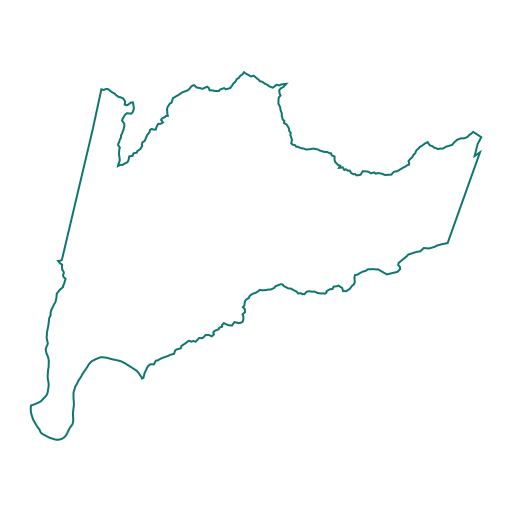 Floresta, Pernambuco, Brazil
{"feature_id": "56859067B33369261578833", "entity_name": "Floresta", "entity_type": "district", "adm_level": 2, "iso_a3": "BRA", "parent_name": "Brazil", "parent_adm1": "Pernambuco", "projection": "albers", "projection_center": [-38.301, -8.621], "detail": "fine", "context": "isolated", "style": "outline", "palette": "teal", "viewbox_px": 512, "rotation_deg": 0, "n_neighbors": 0, "source": "geoboundaries", "source_scale": "gbopen_adm2", "svg_char_len": 5968}
<svg xmlns="http://www.w3.org/2000/svg" viewBox="0 0 512 512"><path d="M286.2,83.9L281.4,84.4L279.4,85.4L276.6,84.8L272.7,87.7L268.7,86.1L267.6,84.9L264.7,83.6L262.4,81.8L260.1,81.3L258.7,79.8L256.9,78.4L253.8,75.7L251.0,76.5L248.1,74.8L245.3,73.3L244.0,72.2L242.4,74.5L240.4,75.7L238.7,78.0L236.8,79.1L235.4,81.6L233.4,83.5L232.3,85.3L230.1,88.1L228.0,88.7L225.9,89.3L224.1,88.1L222.0,88.9L220.1,89.5L218.9,91.0L217.1,91.1L214.4,90.9L212.1,90.3L209.6,90.3L208.8,88.0L207.2,86.7L204.4,88.0L202.4,88.8L200.4,88.2L196.7,87.5L194.1,85.1L192.2,85.8L191.0,86.7L189.7,88.6L187.8,90.3L186.1,91.0L183.5,91.9L181.8,92.6L179.6,94.3L173.0,98.1L171.5,102.7L170.0,103.4L167.7,106.8L167.0,109.3L167.3,111.8L167.3,114.0L167.9,115.8L166.0,116.0L164.8,117.2L162.4,118.2L161.0,119.9L161.9,120.9L163.0,122.4L160.6,123.8L158.1,123.9L156.3,127.5L155.9,129.5L153.8,129.6L151.6,128.9L150.0,130.1L149.5,132.3L147.3,134.9L144.7,140.9L142.6,142.2L141.8,144.3L142.2,145.9L141.2,147.5L140.6,148.8L137.3,151.2L136.7,152.7L133.4,153.4L132.6,155.8L129.3,156.4L128.6,159.6L128.0,161.4L126.8,162.6L124.4,163.7L122.7,164.9L120.2,164.8L118.0,166.0L118.4,164.0L119.3,161.9L119.8,160.1L119.3,156.1L118.9,154.7L119.3,149.4L119.9,147.7L118.1,145.1L118.3,143.7L119.2,142.0L119.7,140.0L121.1,137.2L120.9,135.7L122.1,133.5L122.8,131.1L123.6,129.6L123.8,128.0L124.4,126.2L124.2,123.6L122.1,120.6L122.5,119.0L125.1,114.7L127.0,113.2L131.2,113.7L132.7,112.1L133.8,109.2L133.8,107.3L132.9,102.4L130.7,102.6L128.9,104.1L126.9,105.3L124.7,104.6L125.0,102.9L125.0,101.3L123.3,98.6L120.5,97.2L118.9,97.1L116.4,95.4L114.3,93.4L113.0,92.8L110.0,90.7L108.8,89.5L106.9,88.9L105.2,89.3L103.6,90.0L101.4,89.3L92.5,130.3L61.9,259.8L60.8,260.6L58.1,261.0L60.1,263.4L62.1,264.6L62.0,267.4L62.3,269.7L63.4,271.4L63.9,272.8L63.0,275.3L63.5,276.9L65.6,278.9L64.7,281.5L64.2,283.6L63.4,285.1L62.9,287.2L59.9,289.7L56.8,293.6L56.4,297.8L55.5,302.0L54.3,303.9L51.2,310.2L50.6,312.8L50.6,315.2L49.2,318.2L48.4,325.3L47.3,330.7L46.9,332.5L46.9,334.6L46.6,337.7L47.8,343.2L47.4,344.9L46.3,347.2L45.7,349.2L46.0,351.3L46.6,353.7L48.2,357.4L48.8,360.8L48.6,367.3L48.0,370.4L47.6,377.3L48.7,384.2L48.6,386.2L47.6,392.7L46.5,395.3L41.0,401.2L39.2,402.3L34.3,404.4L31.0,405.5L30.7,408.5L30.9,412.1L31.4,414.2L33.0,419.3L37.3,426.8L39.3,429.3L40.5,432.0L41.4,433.2L43.2,434.4L48.8,437.4L50.8,438.1L55.1,439.5L57.2,439.8L59.8,439.5L62.2,438.7L63.6,437.8L65.4,436.2L66.6,434.4L69.7,428.1L72.5,424.2L73.2,421.0L73.2,418.8L72.9,413.3L73.9,404.8L73.8,401.2L73.5,398.2L73.5,392.6L75.4,386.3L76.4,384.8L78.6,380.4L81.1,376.7L82.3,374.2L87.1,367.3L88.7,364.5L90.8,362.1L92.0,361.1L95.9,359.1L99.6,357.6L101.1,357.2L102.9,357.3L106.5,357.7L111.5,359.1L118.5,360.6L120.7,361.2L123.6,362.5L125.6,363.6L127.5,364.9L129.0,365.8L136.6,370.7L139.4,373.9L140.1,375.3L141.3,376.7L141.9,378.5L143.4,377.9L144.6,373.1L147.9,366.2L150.3,364.3L153.9,364.3L155.8,360.7L157.8,360.4L160.0,359.0L162.0,358.1L168.3,355.8L170.1,354.9L171.7,354.4L174.0,353.8L175.2,350.4L176.5,349.5L178.1,349.0L180.8,348.3L181.5,345.9L186.4,342.7L187.7,341.4L189.3,340.8L191.2,341.7L193.2,341.0L195.6,341.7L197.8,339.5L199.1,338.0L201.9,338.2L203.3,337.5L205.7,335.0L208.4,334.9L211.9,336.3L213.9,334.4L213.3,332.2L214.7,330.8L217.4,329.8L218.9,329.0L219.3,327.7L222.2,326.6L222.0,325.1L223.8,323.1L226.4,324.4L228.8,325.3L232.0,325.5L233.2,323.7L234.6,322.1L236.4,322.5L238.4,323.1L240.5,322.9L242.7,321.7L243.3,319.4L243.4,316.4L242.5,314.3L245.0,312.2L244.8,309.1L242.9,307.1L244.3,305.7L244.9,301.4L246.2,299.5L249.0,297.9L249.4,296.3L251.7,294.3L253.6,293.5L255.5,292.9L257.9,291.5L259.8,289.9L262.1,290.3L265.2,290.2L268.8,289.5L270.8,289.5L274.2,287.9L275.5,286.2L277.2,285.6L280.5,284.3L282.5,284.4L283.8,286.1L286.3,287.3L288.1,288.4L290.9,288.6L294.3,290.5L296.6,291.6L298.1,293.5L300.7,293.2L302.3,294.1L304.5,294.2L305.7,292.7L307.0,291.6L309.4,291.2L311.9,291.7L314.6,291.6L317.4,292.9L319.9,293.4L323.2,293.4L324.7,293.7L326.3,292.9L326.5,291.3L328.1,290.3L330.1,289.2L332.5,289.0L333.6,286.6L336.6,286.3L338.4,285.6L340.2,286.8L342.1,287.9L343.1,291.1L346.5,291.1L347.9,290.0L349.6,289.1L352.2,285.7L353.7,284.6L354.4,283.4L354.8,281.5L354.4,277.9L355.0,275.1L357.3,274.7L362.3,271.8L366.1,270.7L367.8,269.3L370.9,269.2L373.7,269.1L376.1,269.5L377.9,269.3L386.9,274.4L397.6,271.8L400.2,269.0L399.8,266.8L398.2,265.0L398.6,262.9L406.7,256.3L408.3,254.5L413.0,253.1L416.0,252.0L420.3,251.3L421.6,250.1L423.8,248.0L428.8,248.5L434.5,246.9L437.4,245.4L439.7,244.9L441.4,244.3L447.6,243.1L480.0,152.3L474.6,156.0L477.7,143.9L481.3,137.2L473.2,131.9L471.1,133.8L469.3,134.9L467.5,137.0L464.0,138.3L460.9,138.3L458.8,139.2L457.4,139.6L454.5,142.1L452.1,144.9L446.0,146.7L444.3,147.7L443.0,148.6L440.0,148.6L437.9,149.2L436.0,148.0L434.3,147.8L432.5,146.2L429.9,145.4L428.8,144.0L427.7,142.1L424.8,143.6L421.9,145.8L419.8,146.9L418.5,148.5L416.7,150.1L415.9,151.3L415.2,153.3L413.5,154.8L412.3,157.1L410.7,158.5L408.5,161.1L409.2,162.9L408.9,164.8L407.5,165.0L405.4,166.6L403.6,167.4L401.8,168.5L400.4,169.2L398.8,170.4L396.7,171.3L394.1,171.7L392.9,172.8L391.4,174.6L385.1,175.0L381.7,173.7L378.1,173.0L375.8,173.7L374.2,172.4L370.8,173.4L368.6,171.8L366.3,171.4L362.7,171.2L360.6,174.7L358.8,175.2L356.3,175.3L355.1,174.0L353.7,174.2L351.2,173.1L349.8,170.6L347.9,170.7L345.9,169.3L344.3,170.0L342.7,167.3L339.0,167.9L340.2,165.7L338.1,165.0L335.1,161.9L334.5,159.7L334.6,156.6L331.6,155.3L331.1,153.4L329.5,153.1L327.1,152.0L324.8,152.0L322.3,151.3L319.4,150.4L318.2,149.6L315.8,149.0L313.2,148.6L308.4,149.4L305.9,149.5L303.8,148.6L301.6,148.3L299.5,147.6L298.2,146.8L296.4,146.8L294.7,145.0L292.8,144.8L291.2,143.2L292.0,139.8L290.4,135.0L290.7,132.9L289.2,130.9L289.1,128.9L288.0,126.7L286.6,124.5L284.0,123.1L284.3,120.8L282.7,119.5L281.8,116.1L281.7,112.9L280.9,111.2L280.3,109.0L280.2,107.3L279.3,105.4L278.5,103.9L278.4,101.1L278.7,97.9L279.4,96.7L280.5,95.6L279.6,93.4L279.2,90.3L280.6,88.5L283.2,87.1L286.2,83.9Z" fill="none" stroke="#0f766e" stroke-width="2"/></svg>